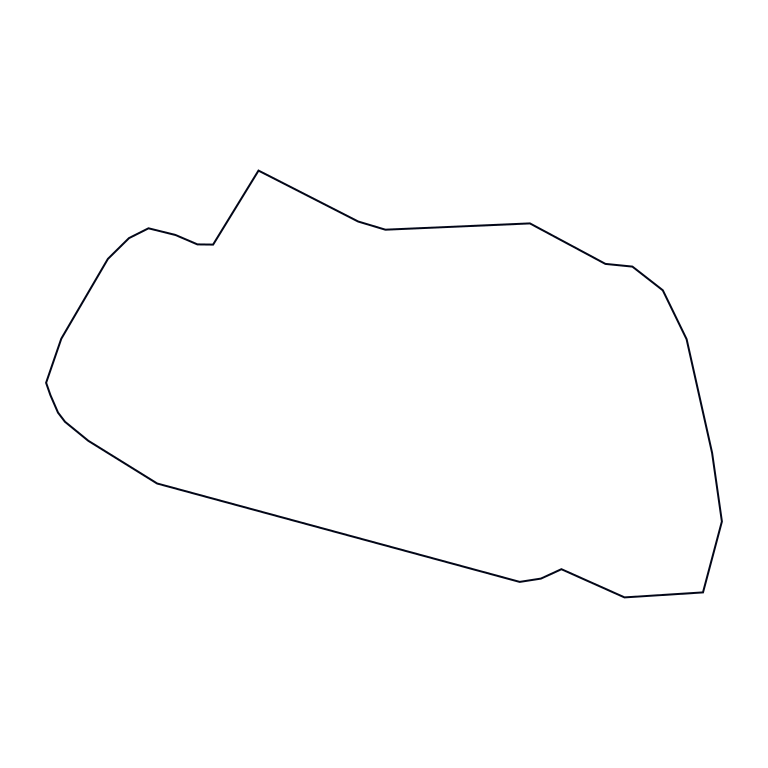 the border of Slovenske Konjice
{"feature_id": "SVN-992", "entity_name": "Slovenske Konjice", "entity_type": "Municipality", "adm_level": 1, "iso_a3": "SVN", "parent_name": "Slovenia", "parent_adm1": "", "projection": "equal_earth", "projection_center": [15.451, 46.324], "detail": "fine", "context": "isolated", "style": "outline", "palette": "ink", "viewbox_px": 768, "rotation_deg": 0, "n_neighbors": 0, "source": "natural_earth", "source_scale": "10m", "svg_char_len": 468}
<svg xmlns="http://www.w3.org/2000/svg" viewBox="0 0 768 768"><path d="M88.3,440.8L65.0,421.8L58.0,412.6L50.4,395.1L46.1,382.8L61.3,338.7L107.9,258.9L129.0,238.1L148.5,228.3L175.5,235.0L197.4,244.4L213.1,244.6L258.5,170.6L358.1,221.5L385.4,229.7L529.9,223.4L605.4,263.9L632.4,266.6L662.8,290.3L686.6,339.2L712.1,452.9L721.9,521.5L703.0,592.4L624.5,597.4L561.4,569.2L540.9,578.6L519.7,581.9L157.1,483.5L88.3,440.8Z" fill="none" stroke="#020617" stroke-width="2"/></svg>